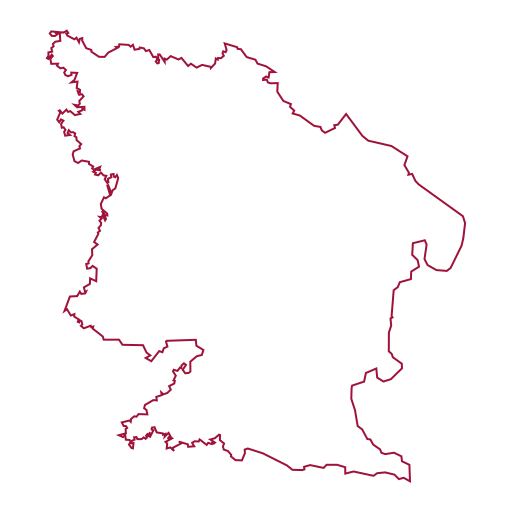 outline of Nablus, West Bank, Palestine
{"feature_id": "87354302B42764778113026", "entity_name": "Nablus", "entity_type": "district", "adm_level": 2, "iso_a3": "PSE", "parent_name": "Palestine", "parent_adm1": "West Bank", "projection": "natural_earth1", "projection_center": [35.262, 32.179], "detail": "fine", "context": "isolated", "style": "outline", "palette": "rose", "viewbox_px": 512, "rotation_deg": 0, "n_neighbors": 0, "source": "geoboundaries", "source_scale": "gbopen_adm2", "svg_char_len": 5842}
<svg xmlns="http://www.w3.org/2000/svg" viewBox="0 0 512 512"><path d="M450.6,268.0L461.6,245.6L463.3,238.2L465.1,223.1L462.9,216.2L418.7,184.4L415.4,180.9L412.1,173.9L408.4,174.7L408.9,172.7L404.4,165.1L407.5,156.3L391.4,146.0L368.3,140.7L362.4,135.9L346.1,114.0L337.8,124.7L334.3,125.2L335.0,128.0L325.1,132.8L321.8,130.4L320.4,126.9L314.2,125.9L299.8,115.5L292.7,113.5L294.2,110.6L290.0,106.8L290.9,104.1L283.4,101.0L277.3,91.7L277.7,83.1L270.4,83.3L267.9,82.4L266.8,79.6L263.1,80.0L263.1,78.5L266.1,76.5L268.6,77.5L269.4,72.2L274.7,72.0L266.1,66.3L257.5,63.6L255.4,59.7L246.7,57.1L240.9,49.2L237.6,48.9L237.2,47.2L224.7,43.4L226.6,50.0L225.6,52.2L223.2,51.3L222.5,53.2L223.8,55.8L221.0,58.2L218.0,58.0L217.8,59.6L215.8,58.5L215.1,63.5L210.8,68.1L210.6,66.8L202.1,64.9L196.6,67.6L190.9,63.7L188.1,66.0L181.4,57.9L178.5,59.5L170.7,56.1L166.8,59.6L164.7,58.6L164.7,62.0L159.8,54.5L158.2,54.4L158.2,59.8L159.1,59.8L158.7,63.1L157.3,63.4L155.8,61.5L157.4,59.1L155.9,56.7L153.3,57.1L149.3,50.0L145.9,51.1L143.9,48.3L139.7,47.5L139.4,48.9L134.6,49.7L132.9,44.8L130.6,46.7L128.6,44.9L119.3,44.3L119.0,46.7L116.1,47.0L117.3,47.9L108.3,52.6L104.6,56.9L99.0,56.8L91.4,51.7L91.3,49.9L86.2,48.2L82.2,40.6L82.3,38.1L79.8,38.8L79.0,42.3L76.5,37.7L74.5,39.3L67.5,35.7L66.3,33.7L68.2,33.0L66.8,30.7L63.6,32.6L51.3,31.4L49.8,33.5L51.8,35.9L54.9,36.0L57.3,34.3L56.2,33.3L60.8,32.6L59.8,33.6L60.3,40.9L55.3,41.7L52.9,44.0L53.6,46.3L51.3,48.1L52.2,51.6L48.4,52.4L48.5,55.7L46.9,58.1L48.4,59.0L51.8,54.6L52.8,56.0L50.4,58.8L51.2,63.8L58.0,63.7L57.0,65.7L60.3,68.3L63.4,67.7L65.9,70.0L64.2,72.5L65.4,75.0L67.9,76.2L71.5,74.9L71.3,72.6L77.2,72.9L74.5,79.8L71.4,82.4L77.5,81.6L76.7,88.0L80.0,89.8L79.9,92.2L77.7,91.2L78.2,92.9L79.1,94.8L81.9,94.2L83.6,96.3L79.3,100.9L79.8,103.7L78.2,105.5L74.4,104.8L77.1,107.3L84.4,106.8L84.5,109.8L82.3,108.9L82.0,110.4L78.3,111.8L80.3,113.9L74.9,115.1L70.2,111.1L68.0,111.9L66.4,109.6L62.4,113.6L59.8,110.3L58.9,110.8L60.3,112.4L57.2,119.6L59.2,122.3L60.9,119.4L63.4,120.6L61.1,123.9L61.8,127.7L63.6,127.3L65.5,129.9L64.1,131.9L65.2,135.7L70.0,135.0L67.5,133.0L68.8,130.2L70.6,132.3L73.1,132.2L75.2,133.4L74.5,136.1L76.4,137.3L76.6,140.1L81.2,144.1L79.4,146.2L80.0,148.4L73.6,151.3L72.7,154.6L74.5,161.2L78.1,163.0L81.7,160.5L89.0,161.8L89.0,164.0L93.2,166.5L92.1,168.4L93.7,169.6L100.1,166.9L99.2,169.3L100.7,170.4L96.1,169.6L93.2,171.7L95.8,172.8L95.0,174.5L98.2,175.3L100.9,172.6L103.6,175.4L106.3,175.8L104.7,179.2L107.3,183.0L108.4,182.4L107.9,178.8L111.3,177.3L110.9,174.5L113.6,174.0L113.8,176.6L115.2,177.3L116.9,175.0L118.2,178.1L115.3,188.4L112.7,190.2L111.5,193.4L108.2,185.2L107.3,185.5L110.2,195.3L105.8,198.3L104.0,197.3L100.8,204.0L101.6,208.8L107.1,213.5L107.4,215.5L105.3,215.4L101.9,210.9L106.0,218.9L105.1,220.4L102.6,215.0L101.7,217.1L99.7,216.9L101.6,218.6L99.5,220.7L101.1,222.8L100.9,225.3L98.5,227.9L100.0,230.8L97.8,232.5L98.3,233.9L94.1,242.0L97.6,244.5L92.0,249.2L92.3,255.2L88.4,261.3L88.6,263.4L86.2,264.0L87.2,268.7L90.5,268.1L92.6,265.9L96.7,268.7L96.2,281.2L90.1,278.4L89.9,283.9L83.9,287.4L85.1,292.0L86.1,291.5L85.2,293.4L81.3,293.9L79.8,291.6L77.2,296.1L69.9,296.5L64.5,311.0L67.0,309.2L70.8,315.5L74.4,314.1L74.2,316.6L78.7,319.4L77.8,321.8L79.1,322.4L79.8,320.2L81.5,321.2L82.3,324.4L80.9,325.8L83.8,328.3L90.7,325.7L91.2,327.2L93.2,326.6L92.7,328.6L102.8,336.5L103.7,339.7L119.0,339.7L122.5,344.8L143.0,345.2L146.5,352.5L150.3,355.4L145.7,358.0L151.3,361.2L159.2,351.1L162.4,352.2L163.8,348.3L167.4,346.6L166.0,341.5L166.8,340.8L195.8,339.8L196.4,345.7L203.4,350.0L201.8,355.0L196.8,356.2L190.3,361.7L190.4,371.5L188.7,372.9L185.3,373.3L182.7,369.8L186.0,364.9L183.9,363.3L181.5,365.5L181.2,368.1L179.9,367.6L177.5,370.9L173.7,369.8L173.0,371.4L175.8,375.7L173.5,380.4L174.8,380.8L174.3,383.5L169.1,386.1L170.8,389.6L167.3,393.0L163.4,394.3L161.3,392.4L161.8,395.1L156.3,396.9L156.8,400.4L153.3,400.1L145.0,404.9L144.1,408.2L146.5,410.0L147.3,414.4L138.5,414.1L136.5,416.7L134.3,416.3L131.2,418.8L130.7,421.8L129.5,420.5L121.8,422.4L123.7,426.0L126.0,426.1L127.2,427.9L125.6,429.0L125.9,433.3L118.8,435.2L123.0,437.1L125.2,435.0L125.8,439.7L129.7,440.0L130.6,441.7L129.0,444.6L131.5,448.0L132.9,448.4L133.5,443.0L131.6,443.3L131.4,441.1L134.6,439.6L134.1,437.3L136.5,437.1L137.3,439.1L141.6,439.1L143.7,437.4L145.6,438.8L146.9,437.7L146.1,435.6L147.4,434.1L148.3,435.1L150.2,432.2L148.3,435.9L150.1,436.8L153.4,430.3L151.6,429.5L152.0,427.6L154.5,427.2L156.7,432.4L163.0,433.5L163.1,434.8L165.3,433.9L164.7,436.7L168.6,432.9L170.1,435.7L167.6,438.8L170.7,436.9L172.2,438.3L165.5,441.9L167.2,443.5L166.7,448.5L170.3,447.4L174.0,450.9L172.4,448.0L181.6,443.2L178.8,441.6L187.8,444.3L188.2,446.8L194.2,446.3L192.1,442.9L194.5,441.3L198.7,441.5L199.6,439.4L206.7,444.9L208.2,442.8L211.8,444.1L212.2,442.4L213.7,443.6L215.0,442.6L210.3,439.5L214.9,438.2L219.0,434.7L220.0,435.0L219.9,440.1L224.1,443.5L222.9,446.4L223.8,449.6L227.9,451.0L231.2,454.8L230.9,456.4L235.5,460.1L241.9,460.4L244.9,453.3L244.7,449.6L247.8,448.5L262.8,453.3L286.9,465.4L292.4,469.8L302.2,470.1L304.4,469.4L304.1,466.8L310.1,465.1L323.6,467.9L326.6,464.8L337.1,464.8L345.2,467.2L345.3,473.6L353.6,471.5L373.5,475.8L377.2,473.2L385.1,472.4L394.4,474.6L398.9,479.1L403.7,477.8L410.0,481.3L409.4,464.8L402.0,461.3L401.4,456.3L394.0,452.7L385.3,454.1L381.4,452.8L380.1,449.4L373.2,444.6L370.4,439.5L367.3,439.0L362.2,429.4L357.7,426.1L355.0,410.2L351.3,398.8L351.6,388.0L352.1,385.6L364.1,381.6L365.9,373.0L376.3,368.5L377.2,377.6L383.4,381.5L390.9,379.2L402.0,368.3L401.8,363.7L392.9,357.3L391.7,353.9L388.8,351.3L388.9,332.6L391.2,325.5L390.5,318.4L392.5,317.4L391.6,316.0L393.7,290.2L397.8,287.1L399.8,282.2L410.9,279.1L411.2,271.6L419.0,266.7L417.6,260.1L412.2,254.8L412.9,243.2L424.8,240.3L426.6,244.6L424.5,259.0L427.6,265.1L436.5,270.1L446.8,270.9L450.6,268.0Z" fill="none" stroke="#9f1239" stroke-width="2"/></svg>